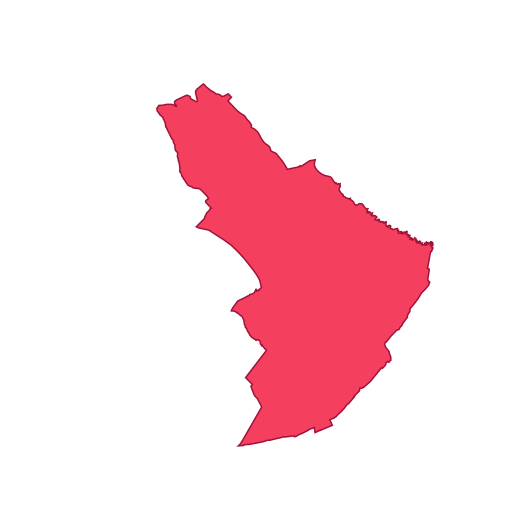 outline of Topana, Olt, Romania, rotated 318°
{"feature_id": "2599482B92516627425208", "entity_name": "Topana", "entity_type": "district", "adm_level": 2, "iso_a3": "ROU", "parent_name": "Romania", "parent_adm1": "Olt", "projection": "albers", "projection_center": [24.532, 44.851], "detail": "fine", "context": "isolated", "style": "filled", "palette": "rose", "viewbox_px": 512, "rotation_deg": 318, "n_neighbors": 0, "source": "geoboundaries", "source_scale": "gbopen_adm2", "svg_char_len": 6135}
<svg xmlns="http://www.w3.org/2000/svg" viewBox="0 0 512 512"><g transform="rotate(318 256 256)"><path d="M199.5,432.9L201.3,427.0L205.7,428.7L206.0,428.5L208.3,429.0L210.2,428.6L215.3,428.7L219.9,428.2L224.6,427.2L225.3,427.3L225.6,427.7L234.8,426.5L234.7,425.9L242.8,425.4L244.7,423.6L246.3,425.2L247.5,425.0L247.9,425.6L256.8,425.8L274.3,423.1L274.7,424.1L278.5,423.8L279.8,423.5L281.1,422.5L282.4,422.2L282.9,422.2L283.3,423.6L283.6,423.9L286.0,423.4L286.4,423.7L288.6,421.3L289.8,418.0L290.9,416.2L291.4,410.3L292.1,408.5L293.0,407.2L295.0,406.7L295.3,407.1L302.5,405.9L311.2,405.3L312.6,406.2L313.7,406.2L315.0,405.5L318.0,405.3L319.6,404.4L327.4,402.9L329.1,401.3L333.2,400.2L335.0,398.4L335.8,398.1L340.8,397.5L347.7,396.2L354.3,394.2L359.5,394.0L364.4,393.3L367.5,391.8L367.6,391.4L367.3,390.9L367.6,389.9L367.4,389.5L367.9,388.4L375.6,382.1L375.9,381.3L375.9,380.7L375.2,379.7L377.8,378.0L387.8,370.2L389.8,369.7L389.8,369.9L392.1,368.9L392.8,368.4L392.3,368.0L392.9,367.1L392.7,366.0L393.0,365.4L393.7,366.3L394.5,366.5L395.4,365.6L394.9,364.6L395.8,364.7L396.2,364.4L396.1,364.0L395.2,363.8L395.3,363.4L395.9,362.9L395.3,362.2L394.7,362.5L394.0,364.0L393.4,364.1L393.3,362.2L392.6,362.7L392.2,362.5L392.4,360.6L392.2,359.7L391.2,359.7L390.6,361.7L390.2,362.1L389.6,361.5L389.7,360.8L390.2,360.2L389.8,359.4L388.7,360.6L388.1,359.6L386.9,359.2L387.0,358.6L388.1,357.8L386.7,357.5L387.7,356.0L387.8,355.0L387.6,354.4L387.3,354.3L386.3,355.8L385.7,355.2L386.3,354.6L386.2,354.2L385.7,354.0L384.8,354.3L384.4,353.8L384.7,353.3L384.5,352.9L384.8,351.9L385.8,352.5L386.1,352.2L385.6,351.1L386.4,350.4L386.1,349.7L386.2,348.7L383.7,349.4L382.6,348.3L382.8,347.8L383.7,347.8L383.8,347.2L382.3,347.2L381.7,346.7L383.2,346.1L382.5,344.6L383.9,343.9L382.4,343.3L383.5,342.9L383.7,342.4L382.7,341.2L382.0,340.8L382.2,340.4L383.1,340.3L383.1,339.6L383.3,339.3L384.4,339.4L384.6,338.6L384.2,338.3L382.7,338.4L382.1,337.3L381.0,338.2L380.7,337.1L380.0,337.5L379.3,337.3L379.1,336.7L380.4,335.7L380.4,335.3L379.6,334.6L379.3,335.7L378.9,335.7L377.0,334.3L378.5,333.3L378.1,332.6L378.9,332.3L378.4,331.8L379.5,330.7L379.4,330.0L375.8,328.3L375.5,328.0L375.2,326.5L374.2,325.8L374.2,325.1L376.1,324.0L376.1,323.3L375.6,322.4L374.9,322.1L373.8,323.0L373.0,322.3L373.4,321.1L373.0,320.8L372.9,320.3L374.0,319.2L374.1,318.4L374.9,318.5L375.6,317.6L374.1,316.9L373.1,317.2L372.7,316.3L373.4,315.5L372.0,314.2L371.0,314.1L371.1,313.0L372.0,311.6L372.0,311.0L371.7,310.8L371.1,311.8L370.6,311.8L370.3,310.1L369.4,310.0L368.8,309.1L369.0,308.5L369.5,308.1L371.5,308.2L371.9,307.8L371.6,306.0L370.9,305.7L370.8,304.8L370.4,304.3L369.2,304.2L369.0,303.2L369.1,302.3L370.0,302.6L371.3,301.9L370.0,301.4L370.1,299.7L369.7,298.6L369.2,298.5L369.3,299.3L368.6,299.4L367.6,298.3L368.0,297.4L368.9,297.1L369.2,296.3L370.9,295.8L370.8,295.5L369.7,295.2L369.3,294.6L369.4,291.5L369.7,290.2L369.7,288.2L367.7,286.1L366.3,286.1L365.1,285.4L364.0,285.2L363.9,282.6L364.5,281.8L364.6,280.7L364.5,279.1L364.0,278.0L364.7,276.1L363.0,275.9L362.9,274.6L361.7,273.1L361.7,271.4L360.7,270.0L361.8,268.7L361.3,266.7L361.9,262.7L363.1,261.5L365.4,260.6L365.9,259.5L366.9,258.6L365.9,258.3L365.6,257.3L364.7,257.4L364.5,256.6L363.8,255.8L364.5,255.0L363.5,254.2L364.5,247.9L363.4,245.6L361.2,242.6L359.7,239.2L359.2,237.2L358.7,233.5L359.2,230.0L360.2,227.5L361.6,226.0L364.4,224.1L359.6,221.1L349.1,219.5L349.2,218.4L346.9,218.1L336.9,212.3L337.7,211.2L338.7,205.7L339.1,202.9L339.5,194.6L339.5,192.8L338.1,189.9L337.5,187.7L339.0,184.4L339.0,182.3L338.1,178.5L338.0,176.6L338.5,172.3L339.9,167.1L340.2,164.6L339.8,160.5L339.4,159.2L338.7,158.2L338.6,157.3L338.9,156.7L340.1,155.9L340.4,154.9L340.9,151.5L340.7,148.7L341.2,145.0L341.2,143.8L340.0,139.6L339.3,135.8L338.9,123.5L339.1,122.0L344.0,121.6L343.9,116.9L339.2,115.7L337.4,114.6L337.3,113.1L336.4,110.6L334.8,109.1L334.2,105.6L333.2,103.3L332.2,97.1L332.3,94.8L332.0,92.9L324.0,92.5L321.8,92.9L320.4,94.1L316.4,101.3L315.5,101.7L314.6,100.9L312.8,95.7L312.8,95.2L313.6,93.4L313.5,92.7L312.6,90.8L311.8,90.0L302.0,87.0L299.8,86.6L298.7,86.9L297.7,87.8L297.5,88.7L297.5,91.2L296.8,91.5L296.4,90.9L296.0,88.9L294.6,86.7L291.1,83.5L287.7,81.6L284.6,79.1L280.7,80.1L280.3,81.4L279.6,82.2L279.5,84.4L279.1,86.1L279.1,87.2L279.6,90.6L278.8,92.2L278.5,93.8L277.7,96.1L275.3,99.8L275.2,100.9L271.9,112.4L271.9,114.7L270.7,116.1L270.1,119.0L267.3,122.6L266.8,124.0L266.9,126.3L266.6,127.1L264.0,129.7L262.8,132.3L261.7,133.8L261.6,135.1L261.0,135.5L260.0,137.3L257.5,140.7L255.8,142.1L255.7,142.8L256.0,143.7L254.3,147.3L254.3,148.8L253.7,150.1L253.9,151.5L253.4,153.2L252.8,157.8L253.5,159.7L254.5,161.5L254.7,162.2L254.6,162.8L257.1,166.2L258.1,166.6L258.7,168.2L259.3,168.9L259.7,178.9L259.1,181.5L256.1,181.2L254.9,181.7L254.6,182.8L254.7,190.5L253.3,190.2L251.9,190.8L248.0,191.1L244.7,192.4L242.5,193.7L231.2,194.3L232.3,197.0L238.2,205.1L243.0,222.9L244.7,230.9L245.0,233.6L245.4,240.2L245.5,250.6L244.6,264.5L243.9,270.2L243.0,274.8L242.5,276.4L239.9,281.4L238.8,283.1L237.1,283.0L235.4,283.6L235.2,283.3L235.4,283.2L235.4,282.9L234.5,283.1L234.2,282.7L233.2,282.7L232.6,282.2L232.7,281.9L233.4,281.8L233.9,281.0L233.7,280.7L230.2,282.2L227.6,281.6L225.6,280.4L224.4,280.7L221.6,279.7L221.1,279.8L212.3,277.2L203.5,279.1L200.9,280.2L201.2,280.7L202.6,281.9L203.6,283.7L203.6,284.8L204.4,286.9L204.7,290.2L205.3,291.6L203.9,295.7L201.5,299.3L201.1,301.2L200.3,302.0L200.5,302.7L200.2,304.5L199.5,305.9L199.0,309.3L198.5,310.3L198.4,314.0L199.2,315.4L199.0,316.4L199.6,317.4L199.6,318.8L201.3,319.2L202.0,321.9L201.8,322.8L201.0,323.4L200.4,324.3L200.4,325.0L201.0,325.8L200.0,326.6L200.7,327.6L200.5,331.3L200.9,332.1L200.2,333.2L166.9,339.4L167.3,348.9L166.7,349.2L165.0,349.4L162.1,357.0L161.5,358.9L161.6,362.7L159.6,370.8L159.0,372.1L121.2,384.5L118.7,385.1L115.8,385.3L120.2,388.6L120.9,388.3L124.9,391.5L132.3,396.0L137.4,399.0L141.5,400.7L142.9,402.1L155.3,408.8L156.5,409.6L156.4,409.9L163.4,414.7L163.9,415.1L163.5,415.9L164.8,416.8L168.1,417.4L171.6,418.7L178.4,420.5L178.6,420.1L184.5,422.5L181.7,426.8L186.9,428.3L186.8,428.5L199.5,432.9Z" fill="#f43f5e" stroke="#9f1239" stroke-width="1.5"/></g></svg>